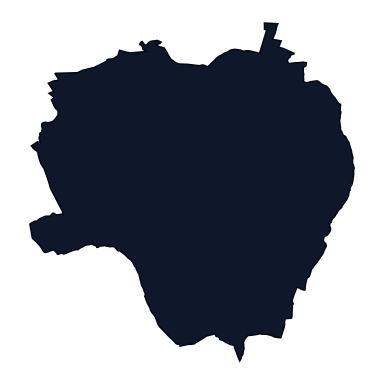 outline of Martinesti, Hunedoara, Romania
{"feature_id": "2599482B2087288653186", "entity_name": "Martinesti", "entity_type": "district", "adm_level": 2, "iso_a3": "ROU", "parent_name": "Romania", "parent_adm1": "Hunedoara", "projection": "equal_earth", "projection_center": [23.115, 45.787], "detail": "fine", "context": "isolated", "style": "filled", "palette": "ink", "viewbox_px": 384, "rotation_deg": 0, "n_neighbors": 0, "source": "geoboundaries", "source_scale": "gbopen_adm2", "svg_char_len": 5838}
<svg xmlns="http://www.w3.org/2000/svg" viewBox="0 0 384 384"><path d="M291.5,318.1L292.0,316.1L292.1,309.9L292.4,308.4L292.0,305.7L292.1,305.4L293.1,304.2L293.2,303.8L292.8,302.6L292.1,301.6L292.0,301.2L292.7,298.2L293.4,297.0L293.4,296.3L295.5,291.0L296.5,288.1L297.0,287.5L297.4,287.4L299.3,288.0L300.6,288.9L302.0,289.5L304.2,290.0L304.8,290.1L304.9,289.9L305.6,283.8L306.4,281.0L306.7,278.9L307.1,278.0L307.5,277.6L308.4,277.2L309.2,276.4L310.0,274.4L310.8,271.6L311.1,270.8L311.2,269.7L311.5,269.1L312.9,267.7L314.0,265.8L316.5,262.9L320.8,256.6L322.8,253.8L323.5,252.2L324.2,250.2L326.1,246.6L326.3,245.6L326.2,245.0L325.6,243.6L324.1,242.0L323.7,241.4L323.5,240.7L323.5,239.5L323.8,237.6L324.0,237.2L324.9,236.4L327.1,235.1L328.4,233.8L329.3,232.6L330.0,231.5L330.4,230.3L330.6,228.7L330.4,227.7L329.7,226.2L329.7,225.6L329.8,223.8L330.0,223.3L331.3,222.1L331.4,221.7L331.3,221.1L331.6,220.4L333.0,218.1L333.9,217.4L334.9,216.1L338.6,210.3L341.8,207.2L342.0,206.3L344.1,203.1L345.2,201.8L346.9,199.1L348.5,195.6L349.0,192.3L349.4,190.6L349.8,190.1L350.0,190.1L349.9,188.9L350.3,187.6L352.1,184.0L353.0,180.1L352.8,178.6L353.1,178.3L353.7,174.2L353.6,172.3L353.7,170.1L354.1,167.9L353.9,167.0L353.6,165.6L352.6,163.5L352.5,159.9L352.9,158.2L352.8,157.4L351.9,153.8L351.4,150.8L350.2,147.3L348.9,142.5L348.1,141.2L347.3,140.2L345.8,137.0L345.7,136.6L343.9,135.6L343.0,134.8L342.0,132.2L340.6,129.9L340.4,129.2L340.5,127.7L339.8,122.6L339.6,119.9L340.2,117.6L340.1,116.4L340.9,112.0L340.2,111.0L340.1,110.2L340.6,104.5L340.3,104.2L339.1,103.8L338.6,103.4L334.5,97.5L332.5,95.2L330.9,93.0L329.5,89.7L327.3,86.9L326.3,86.1L323.0,84.9L321.7,84.3L321.1,83.9L320.1,82.7L318.1,81.2L317.0,80.9L316.3,80.9L312.2,81.5L309.6,82.0L308.2,82.5L306.5,82.7L304.8,82.2L304.0,81.7L303.5,80.8L303.5,80.2L303.7,78.6L303.3,77.7L303.5,76.1L303.8,74.5L303.2,71.7L303.4,67.7L303.5,67.2L305.6,66.1L306.0,65.5L306.4,62.7L302.9,62.1L302.8,62.3L292.3,63.1L290.2,63.5L288.2,63.1L287.4,60.3L288.5,58.2L290.0,57.1L290.6,55.1L293.9,54.0L294.1,53.3L284.3,48.9L278.2,46.9L278.8,46.2L279.6,44.9L281.2,40.9L272.5,39.3L275.1,33.3L277.1,25.4L277.9,23.7L264.4,23.0L264.5,29.4L266.7,29.7L265.7,33.2L259.6,53.2L257.3,53.0L257.0,52.6L248.8,50.7L245.9,50.8L245.5,51.0L244.3,51.0L243.2,51.6L242.7,50.9L241.4,50.6L240.3,50.1L236.9,49.5L233.8,49.4L230.6,50.1L227.4,52.1L224.1,53.3L221.1,55.4L220.4,55.6L218.6,56.5L216.3,58.4L215.0,59.9L210.9,63.7L209.8,65.0L208.7,65.8L208.4,66.5L208.8,67.1L203.4,65.0L201.7,65.1L199.9,65.6L198.5,65.6L187.4,64.3L179.1,64.0L175.6,62.7L170.9,59.2L168.2,54.9L166.4,51.4L164.0,47.8L162.6,47.6L157.1,45.9L158.2,43.9L159.8,43.6L161.1,42.1L160.2,41.7L159.6,41.9L159.1,41.1L157.0,40.4L155.1,40.9L153.7,40.9L150.7,41.3L148.7,42.5L146.1,45.6L144.4,44.4L143.3,43.3L142.9,42.4L142.2,41.5L141.4,41.8L140.5,42.6L139.7,44.6L140.6,44.7L141.9,46.0L142.2,46.5L142.4,46.5L142.8,49.3L146.3,51.5L130.1,52.9L125.7,52.0L119.6,50.3L117.8,55.8L114.6,57.8L114.0,58.4L112.3,58.9L108.5,59.2L107.2,59.6L106.5,61.3L93.3,67.9L92.6,67.8L82.5,70.3L77.6,72.7L55.5,73.3L55.1,73.7L58.4,79.0L57.6,80.5L53.5,81.0L48.3,83.2L53.8,91.4L49.0,93.3L54.4,97.6L51.4,99.8L54.4,106.5L55.9,108.8L56.6,109.2L57.7,110.3L58.0,111.2L58.1,114.7L56.9,116.7L54.6,119.8L53.2,121.0L52.1,121.8L50.2,122.2L49.1,122.6L47.0,122.6L45.8,122.3L43.8,122.5L43.2,122.7L41.8,123.9L41.7,126.1L42.1,127.9L42.3,128.4L41.7,132.5L40.5,132.9L39.7,133.5L39.7,134.5L40.1,135.7L39.8,136.3L39.3,136.8L39.2,138.6L39.8,141.0L40.2,141.6L40.2,142.6L37.5,141.8L36.6,142.4L32.3,145.3L31.4,145.7L32.8,147.8L34.0,148.7L34.3,149.3L36.6,150.8L37.9,152.6L37.9,153.1L39.5,159.8L41.1,164.0L43.3,167.4L43.9,168.2L46.9,176.4L48.8,182.2L50.7,188.7L62.6,211.7L62.6,214.3L61.0,214.2L57.6,214.9L55.8,214.6L54.1,213.4L52.8,213.2L50.0,216.1L46.7,216.2L45.3,216.3L42.0,217.6L40.4,218.5L39.4,218.9L36.3,221.5L34.9,221.1L30.3,223.7L29.9,224.4L32.4,238.3L36.6,242.1L40.1,246.0L42.4,249.4L42.7,250.4L44.4,252.2L45.7,252.5L52.1,250.2L54.1,250.1L57.1,253.4L57.6,253.7L57.5,254.2L58.2,254.3L59.0,254.1L59.5,253.7L62.0,253.2L63.6,254.0L64.6,253.8L71.9,250.8L73.5,250.4L75.7,249.6L77.9,249.8L78.2,249.3L81.5,247.2L82.8,246.9L83.2,246.4L85.8,245.1L87.3,244.8L88.9,244.8L90.7,244.0L91.8,244.1L96.3,246.0L96.8,247.3L97.5,247.4L98.3,247.2L99.0,246.4L100.1,245.9L101.7,246.0L104.7,245.6L105.4,245.6L105.9,246.0L106.5,246.1L109.0,246.2L109.5,246.7L109.9,246.8L110.6,246.6L111.2,246.7L112.2,246.4L113.0,246.7L114.3,246.6L117.4,250.2L118.6,250.9L119.4,250.7L119.6,250.8L123.0,253.2L125.9,255.6L128.6,258.4L130.9,259.9L131.6,260.9L131.9,260.7L132.5,261.9L133.0,262.8L134.1,265.2L134.5,265.9L136.0,267.5L136.2,267.9L136.3,269.3L139.0,274.3L140.3,280.0L141.1,282.2L141.1,283.6L142.2,286.5L143.5,288.7L143.8,289.9L144.0,290.2L144.4,291.9L145.2,293.1L145.3,294.0L145.0,295.3L145.1,295.6L144.8,296.3L145.0,296.4L145.0,296.8L145.4,297.7L146.2,300.3L146.8,301.5L147.0,301.7L147.0,302.3L147.8,304.0L149.5,307.0L150.2,308.6L150.5,310.0L151.2,311.3L152.1,312.7L154.1,315.0L155.3,316.9L156.1,318.9L157.8,323.8L159.5,326.6L168.3,335.8L170.4,337.9L172.1,339.2L172.5,339.8L174.4,341.6L175.3,342.8L175.9,343.4L177.1,344.1L179.3,344.5L180.0,346.1L188.2,344.4L191.2,344.3L194.4,343.8L195.1,343.1L201.3,339.4L206.5,336.0L214.9,333.9L215.3,334.0L215.7,335.9L216.4,336.4L218.1,336.7L219.4,337.9L219.7,339.4L220.5,339.9L222.4,340.1L226.0,342.5L230.3,344.5L233.7,345.2L234.4,346.1L234.5,346.8L234.7,347.1L234.7,348.4L236.7,353.0L237.1,354.3L237.4,354.8L237.7,355.7L237.8,356.4L239.7,361.0L241.1,358.6L241.4,356.7L242.9,354.3L243.1,352.5L244.1,348.1L244.0,347.3L243.6,346.1L243.7,344.2L243.5,342.3L245.1,338.7L247.8,335.6L251.7,335.2L256.7,334.5L260.1,333.7L261.5,334.1L266.7,334.3L271.6,335.6L275.0,337.1L278.6,337.6L280.8,337.7L284.1,327.4L284.6,324.7L284.5,321.9L285.0,320.0L284.9,319.1L285.9,318.6L289.0,318.4L291.5,318.1Z" fill="#0f172a" stroke="#020617" stroke-width="1.5"/></svg>